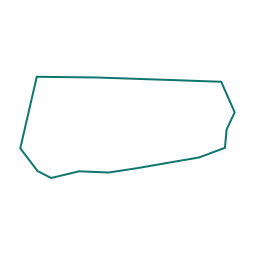 map outline of Bukomansimbi (Mercator projection), rotated 103°
{"feature_id": "UGA-5619", "entity_name": "Bukomansimbi", "entity_type": "District", "adm_level": 1, "iso_a3": "UGA", "parent_name": "Uganda", "parent_adm1": "", "projection": "mercator", "projection_center": [31.658, -0.106], "detail": "fine", "context": "isolated", "style": "outline", "palette": "teal", "viewbox_px": 256, "rotation_deg": 103, "n_neighbors": 0, "source": "natural_earth", "source_scale": "10m", "svg_char_len": 345}
<svg xmlns="http://www.w3.org/2000/svg" viewBox="0 0 256 256"><g transform="rotate(103 128 128)"><path d="M98.6,228.4L85.8,169.7L71.1,94.5L62.0,47.6L88.7,27.6L107.3,31.6L125.5,29.1L140.8,52.3L150.0,74.3L164.7,109.2L175.7,136.7L181.2,166.0L194.0,191.7L190.3,206.4L172.0,228.4L98.6,228.4Z" fill="none" stroke="#0f766e" stroke-width="2"/></g></svg>